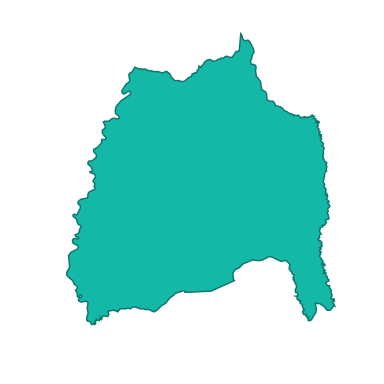 outline of Ribeirão Cascalheira, Mato Grosso, Brazil, rotated 170°
{"feature_id": "56859067B50708946620242", "entity_name": "Ribeirão Cascalheira", "entity_type": "district", "adm_level": 2, "iso_a3": "BRA", "parent_name": "Brazil", "parent_adm1": "Mato Grosso", "projection": "mercator", "projection_center": [-51.621, -12.878], "detail": "fine", "context": "isolated", "style": "filled", "palette": "teal", "viewbox_px": 384, "rotation_deg": 170, "n_neighbors": 0, "source": "geoboundaries", "source_scale": "gbopen_adm2", "svg_char_len": 5834}
<svg xmlns="http://www.w3.org/2000/svg" viewBox="0 0 384 384"><g transform="rotate(170 192 192)"><path d="M71.3,55.1L72.0,57.7L72.6,58.0L72.3,59.6L70.7,59.9L70.6,61.9L71.1,62.2L71.4,61.5L73.7,63.0L72.5,64.8L72.0,66.9L72.7,68.7L71.9,71.4L73.3,73.9L72.7,75.7L75.0,76.7L76.2,78.8L76.0,79.6L72.7,80.6L72.4,81.6L73.5,82.9L73.6,85.2L74.9,86.6L74.2,89.1L74.5,89.7L76.8,89.3L75.9,90.6L76.1,91.4L74.5,91.6L76.1,94.2L76.1,95.6L73.6,96.9L74.4,98.6L76.6,97.6L77.0,98.5L75.2,100.3L75.2,101.5L77.6,106.5L77.2,107.6L76.3,107.9L76.4,109.4L75.6,109.7L75.3,110.8L76.6,111.3L76.1,112.9L74.7,113.5L76.0,115.0L73.7,115.5L73.3,116.2L73.2,117.3L73.8,117.6L72.9,119.4L73.8,121.3L74.5,121.9L74.8,121.1L75.6,122.0L75.9,124.1L74.2,124.8L74.3,126.7L73.5,127.9L72.1,128.0L73.2,131.2L73.0,132.8L72.2,133.0L72.3,134.6L69.1,135.2L69.2,136.7L67.5,136.1L66.9,136.6L65.0,138.6L65.5,141.2L61.8,141.8L61.8,145.9L62.7,147.8L61.2,149.3L61.4,151.7L58.8,153.9L58.8,155.0L60.6,157.8L59.0,158.2L58.7,158.9L60.7,161.7L59.1,164.4L59.4,166.3L59.9,165.0L61.1,166.2L60.4,169.6L59.6,170.7L59.6,172.0L60.6,172.7L60.8,173.8L60.8,175.6L60.1,176.1L61.0,179.6L59.8,181.7L59.7,183.6L58.6,184.7L58.5,186.6L56.9,188.9L55.9,189.1L55.8,191.9L54.8,193.3L55.4,196.0L54.4,196.8L54.3,197.8L55.7,198.7L57.0,203.3L56.6,203.9L56.9,206.0L56.0,206.3L55.6,209.5L54.4,212.0L54.3,213.1L56.0,214.8L54.9,215.3L54.2,216.8L56.6,220.7L55.1,222.1L56.1,222.9L56.1,223.8L54.8,224.2L54.9,225.8L55.6,225.4L55.4,226.3L56.1,226.9L56.6,226.3L57.1,226.8L55.5,228.9L56.3,229.6L56.5,230.9L56.0,231.8L57.5,234.3L56.2,235.3L56.5,237.7L55.0,238.0L54.5,238.7L55.6,240.0L56.6,238.7L57.4,238.6L58.0,239.2L57.0,240.4L57.8,241.4L57.3,242.3L59.7,243.5L58.3,245.1L59.4,245.5L59.5,246.4L60.1,246.8L60.5,246.2L61.4,246.6L61.8,245.4L64.7,245.7L65.4,245.1L67.7,246.5L68.0,245.8L68.8,246.5L72.0,246.1L73.9,249.3L74.9,248.8L77.9,249.9L78.7,249.5L78.8,250.3L80.5,251.8L82.9,252.8L85.1,255.1L86.9,255.8L87.8,258.0L90.0,260.4L94.8,262.5L94.9,264.2L96.3,267.3L100.0,268.0L102.1,269.9L101.6,275.4L102.2,278.0L105.9,280.9L105.5,281.7L105.4,289.1L108.5,294.9L108.4,300.2L107.1,304.3L108.0,306.1L109.3,307.0L110.7,307.0L111.5,308.4L111.7,310.9L109.9,313.4L109.2,315.8L106.5,319.2L106.7,322.1L108.9,329.9L110.5,331.8L113.5,331.7L115.3,333.4L115.7,337.5L116.5,339.3L120.9,323.0L121.9,322.4L124.0,322.8L128.9,317.8L131.2,317.9L134.1,319.7L135.7,319.6L138.3,318.2L140.4,318.9L141.4,317.9L143.4,318.3L145.3,317.0L147.0,316.9L148.0,317.0L151.6,319.5L154.7,319.1L157.7,317.2L158.6,315.4L160.5,314.6L161.6,313.2L163.3,314.8L163.6,312.5L165.8,310.9L165.5,310.2L166.6,309.0L168.0,308.3L168.5,309.0L170.2,308.2L171.3,308.3L172.4,306.0L175.7,305.1L180.5,302.2L183.5,302.8L185.7,304.0L189.5,304.6L192.1,308.2L193.5,312.4L195.9,315.0L197.5,315.4L198.2,314.5L200.7,314.4L204.2,316.4L208.8,317.2L211.1,318.6L214.1,319.1L216.1,321.0L219.1,321.6L219.8,321.2L220.5,322.0L223.4,322.7L226.6,324.8L230.0,320.8L232.5,319.9L233.8,318.7L234.0,312.7L234.7,311.3L238.1,309.7L243.5,303.9L243.4,301.4L241.8,300.2L237.4,302.2L235.5,301.7L235.2,299.9L235.7,298.9L245.9,294.2L251.0,290.2L252.3,288.4L253.5,285.4L253.6,282.6L250.9,279.5L250.8,277.5L252.4,276.8L255.9,278.2L257.8,278.2L261.9,276.1L265.7,276.9L267.1,276.4L265.9,271.4L267.1,269.5L269.2,268.9L270.1,266.3L269.3,263.7L267.2,260.6L267.4,259.6L268.8,258.9L271.7,259.4L272.7,255.9L277.6,252.2L281.4,251.0L281.9,248.8L279.8,245.7L280.0,243.6L280.9,242.4L284.2,240.5L286.2,240.0L288.1,240.4L289.3,239.3L289.6,237.4L287.2,234.8L286.1,230.6L286.7,229.9L289.0,229.7L288.8,228.7L285.7,227.1L284.2,225.1L284.6,223.3L287.4,220.4L287.6,219.5L286.1,217.0L287.6,214.1L286.3,212.6L286.5,211.9L293.6,209.7L294.9,207.9L295.3,205.6L296.5,204.2L302.6,204.2L305.6,202.5L306.4,200.8L304.3,197.5L304.9,195.3L309.0,189.7L310.2,189.7L312.1,190.7L313.0,190.1L313.4,189.1L312.9,188.1L310.7,185.9L309.8,180.0L307.4,178.1L307.1,177.2L309.0,175.0L310.7,171.0L314.6,170.1L314.0,168.0L311.7,167.1L311.9,165.9L313.4,165.7L315.8,166.6L316.8,166.5L318.1,165.4L318.0,162.1L313.8,159.1L313.6,157.2L314.8,155.7L321.7,153.6L324.5,151.0L325.6,139.1L329.4,134.4L329.8,132.3L328.6,129.8L324.9,125.5L323.9,121.5L321.4,119.0L321.6,117.1L323.9,115.1L322.5,112.7L323.1,109.3L322.6,108.3L321.5,108.1L319.9,110.2L319.1,110.0L318.7,109.1L319.0,108.0L322.6,106.0L322.4,104.3L320.4,102.9L315.1,102.8L313.8,101.7L313.8,100.1L315.3,96.1L315.3,90.8L317.6,86.3L317.9,83.9L317.3,83.0L314.7,81.9L314.0,78.9L311.4,79.5L311.3,78.4L310.6,78.4L309.7,79.3L309.9,81.7L308.5,83.1L308.5,82.0L307.6,82.5L305.8,81.4L304.8,83.1L303.5,82.0L303.1,82.6L303.8,84.4L302.7,83.5L301.5,85.1L300.5,85.5L296.7,83.9L295.2,85.8L295.4,89.2L290.2,89.2L289.4,89.6L288.9,88.6L286.3,88.0L286.6,87.4L285.9,86.9L283.0,89.5L278.4,88.6L275.1,88.6L272.7,87.7L271.4,88.7L268.4,88.9L262.9,85.8L260.7,85.6L257.6,84.1L255.4,84.1L250.2,80.5L246.6,81.9L241.8,85.4L237.8,86.7L232.0,91.7L227.9,93.6L226.1,95.1L217.8,96.2L216.0,95.7L216.3,94.5L214.4,94.1L190.5,91.1L165.6,97.4L166.5,99.0L166.0,101.0L166.3,103.6L165.2,105.8L162.9,108.0L158.8,109.1L153.9,112.5L143.8,114.6L138.3,112.8L134.8,112.7L127.3,115.1L124.3,113.9L116.6,108.4L115.5,108.0L113.9,108.8L113.1,108.3L112.1,108.5L110.6,107.4L107.9,103.4L108.5,103.1L109.7,99.4L109.0,97.5L107.9,96.3L107.6,94.2L106.3,93.0L106.0,91.6L107.4,90.2L106.8,89.7L107.5,88.2L106.7,88.1L106.9,86.6L105.6,84.3L106.2,84.0L105.4,82.2L105.5,80.3L107.4,77.3L107.3,75.0L106.4,74.9L105.2,72.9L106.3,71.3L108.0,71.4L106.5,70.4L107.1,68.8L106.5,67.4L105.7,66.6L104.1,66.7L103.9,65.5L104.8,65.6L104.7,63.5L103.5,62.7L102.7,58.4L102.1,57.9L102.8,57.3L102.7,56.4L102.0,56.1L103.9,55.0L103.6,52.6L102.9,51.8L101.1,51.9L100.7,50.8L101.4,50.5L100.5,48.9L98.9,48.4L100.1,47.3L99.5,46.4L99.8,45.4L99.0,45.4L98.6,44.7L96.8,45.3L91.1,51.7L89.9,54.4L89.9,61.0L85.3,59.7L81.0,55.3L80.2,53.0L78.9,51.9L76.4,51.6L71.8,55.5L71.3,55.1Z" fill="#14b8a6" stroke="#0f766e" stroke-width="1.5"/></g></svg>